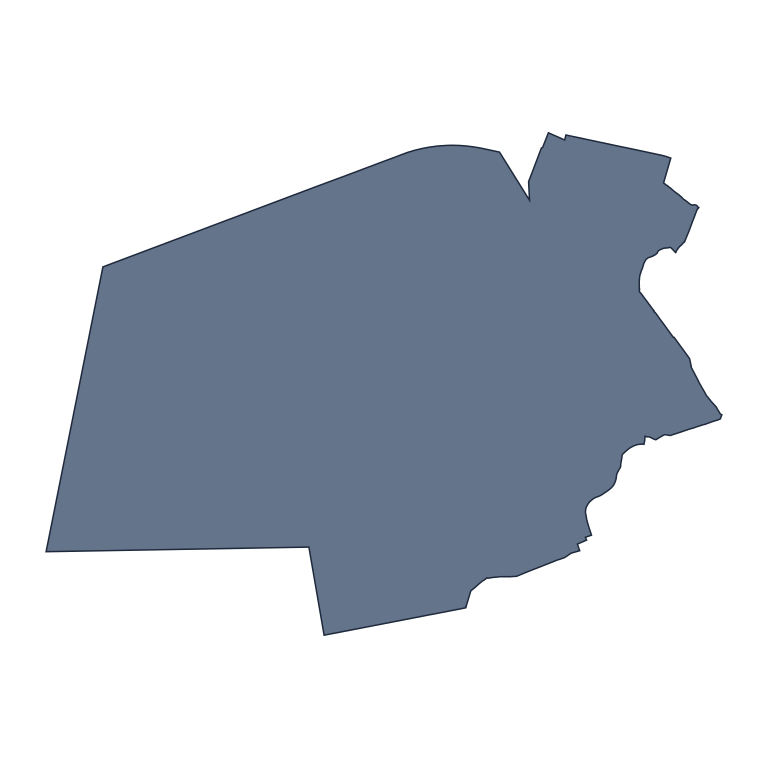 the district of Westvoorne, Zuid-Holland, Netherlands
{"feature_id": "6326949B61212698350093", "entity_name": "Westvoorne", "entity_type": "district", "adm_level": 2, "iso_a3": "NLD", "parent_name": "Netherlands", "parent_adm1": "Zuid-Holland", "projection": "orthographic", "projection_center": [4.123, 51.889], "detail": "fine", "context": "isolated", "style": "filled", "palette": "slate", "viewbox_px": 768, "rotation_deg": 0, "n_neighbors": 0, "source": "geoboundaries", "source_scale": "gbopen_adm2", "svg_char_len": 5950}
<svg xmlns="http://www.w3.org/2000/svg" viewBox="0 0 768 768"><path d="M670.8,158.1L666.2,156.5L664.3,156.0L662.6,155.5L661.3,155.2L627.1,147.9L621.5,146.8L565.9,135.0L564.7,140.0L548.4,132.8L542.6,147.5L541.4,148.0L531.6,173.8L528.9,180.8L528.6,181.6L529.5,200.2L527.1,196.4L499.5,152.1L482.2,148.4L479.1,147.8L476.1,147.3L472.8,146.8L468.1,146.2L466.4,146.0L460.3,145.5L453.8,145.3L450.8,145.3L446.9,145.4L444.2,145.6L442.5,145.7L440.9,145.8L439.2,145.9L436.3,146.2L432.6,146.7L429.0,147.2L425.4,147.9L422.5,148.4L419.6,149.1L416.7,149.8L413.9,150.5L411.1,151.4L408.2,152.2L405.5,153.2L402.7,154.2L394.9,157.2L381.1,162.3L342.1,177.0L326.2,182.9L317.8,186.0L315.1,187.0L283.0,199.1L187.1,235.2L102.9,266.9L88.7,338.2L46.1,551.7L308.9,547.1L324.1,635.2L428.0,615.1L434.0,614.0L465.8,607.8L466.3,606.1L466.1,606.1L466.3,605.6L466.4,605.1L466.6,604.6L466.9,603.9L468.1,599.9L470.0,593.6L470.2,592.9L470.6,591.6L470.7,591.3L470.7,591.2L470.9,590.9L471.3,590.5L474.2,588.1L474.7,587.7L477.1,585.6L479.4,583.5L479.8,583.2L482.0,581.4L483.4,580.4L485.0,579.5L485.4,579.2L485.5,579.1L485.4,579.0L486.7,578.0L487.0,577.8L487.6,578.2L488.1,578.2L493.1,577.4L495.7,577.2L498.4,576.9L500.8,576.7L501.5,576.7L502.5,576.7L504.5,576.7L507.8,576.7L508.2,576.8L508.7,576.7L510.2,576.7L514.7,576.4L516.4,576.4L517.1,576.1L524.5,573.0L525.8,572.5L529.0,571.2L532.0,570.0L535.3,568.7L536.2,568.4L537.7,567.8L538.9,567.3L541.6,566.3L542.7,565.8L545.8,564.6L546.6,564.3L550.4,562.8L552.0,562.2L557.1,560.1L557.5,559.9L559.2,559.5L564.6,557.6L571.1,553.2L579.7,550.7L579.6,550.4L578.9,548.5L577.8,545.2L577.6,544.6L577.4,544.1L584.8,540.9L586.6,540.1L586.3,539.5L585.4,537.3L589.3,535.9L591.3,535.3L591.5,535.2L590.5,532.0L589.7,529.7L589.4,528.9L588.9,527.3L587.3,521.9L587.2,521.1L586.8,520.0L586.3,516.9L586.1,515.6L585.9,514.7L585.5,513.0L585.5,512.1L585.5,511.1L585.7,509.4L585.9,508.5L586.2,507.5L586.6,506.6L587.1,505.5L587.6,504.7L588.1,503.9L588.7,503.0L589.5,502.1L590.1,501.4L592.7,499.2L593.7,498.5L594.5,498.0L595.5,497.5L596.2,497.2L597.2,496.9L597.8,496.7L599.2,496.1L600.1,495.7L601.7,494.8L604.1,493.2L605.7,492.1L607.1,491.2L608.2,490.4L609.5,489.4L611.1,488.0L612.0,487.0L612.8,486.2L613.3,485.6L613.7,485.0L614.0,484.4L614.9,482.5L615.4,481.3L615.7,480.2L616.0,479.3L616.2,478.3L616.3,477.1L616.5,475.5L616.8,474.3L617.1,473.3L617.6,472.1L617.9,471.8L618.8,470.0L620.4,467.3L620.6,466.9L620.6,466.6L620.7,465.5L620.7,464.4L620.8,463.5L621.1,462.1L621.4,460.3L621.7,458.9L621.8,458.0L622.1,455.5L622.2,454.9L622.5,454.4L623.2,453.7L625.2,451.8L625.5,451.5L626.8,450.4L628.6,448.9L629.3,448.4L630.4,447.7L631.0,447.3L633.3,446.1L634.7,445.5L636.1,445.0L637.5,444.6L638.6,444.4L639.4,444.3L641.0,444.2L642.1,444.1L644.0,444.3L644.0,443.9L644.2,442.9L644.7,440.9L644.8,439.6L644.8,439.1L645.1,436.2L645.8,436.5L646.8,436.8L647.4,436.9L647.7,436.9L648.1,436.8L648.7,436.8L649.8,437.1L650.8,437.6L653.3,438.8L654.3,439.3L655.0,439.5L655.4,439.7L655.8,439.7L656.1,439.6L656.5,439.4L658.0,438.4L663.8,435.0L664.3,434.8L664.7,434.7L665.1,434.7L666.0,434.8L669.5,435.4L670.0,435.5L670.6,435.4L671.1,435.2L676.7,433.4L681.9,431.7L682.8,431.4L683.2,431.2L687.2,429.9L687.7,429.7L688.4,429.4L689.5,429.1L693.0,428.1L693.6,428.0L694.5,427.6L696.4,426.9L699.3,426.0L701.7,425.2L703.6,424.6L704.0,424.5L704.4,424.5L704.7,424.4L705.2,424.3L706.5,423.8L708.1,423.2L710.8,422.2L712.3,421.7L714.1,421.1L718.3,419.8L720.5,418.8L720.8,417.3L721.1,416.7L721.9,414.9L720.3,413.9L716.6,407.8L716.5,407.3L711.2,401.4L706.1,395.1L705.6,393.9L698.7,381.9L698.7,381.5L693.5,371.6L690.9,366.6L691.2,366.2L689.7,359.0L689.0,357.8L687.5,355.7L684.8,352.0L683.3,349.9L681.4,347.3L680.3,345.9L679.0,344.0L677.3,341.7L674.1,337.3L673.2,337.2L669.0,331.4L668.4,330.6L667.1,328.8L663.2,323.4L660.0,319.2L658.2,316.6L657.9,316.1L657.4,315.4L657.2,315.1L656.1,313.7L655.5,313.0L655.2,312.6L655.0,312.3L654.9,312.3L654.7,312.3L654.7,312.2L654.4,312.0L653.9,311.4L653.7,311.1L654.0,310.7L653.6,310.3L653.3,309.9L652.0,308.2L651.8,308.0L651.1,307.0L650.0,305.4L648.5,303.6L648.3,303.2L645.8,299.8L644.4,298.0L640.8,293.1L639.4,291.9L639.5,291.4L639.5,291.0L639.5,290.5L639.5,289.1L639.3,289.2L639.3,287.4L639.3,284.6L639.2,283.5L639.2,281.6L639.3,280.6L639.5,278.3L639.6,277.0L639.8,275.8L640.1,274.6L640.1,274.2L640.3,273.9L640.5,273.7L641.0,271.9L641.0,271.7L641.1,271.3L641.3,270.8L641.5,270.3L642.4,268.4L643.5,264.5L643.7,264.0L643.9,263.3L644.4,262.4L644.9,261.4L645.4,260.5L645.7,260.0L646.0,259.6L646.5,259.1L647.3,258.4L648.0,257.9L648.4,257.7L648.8,257.5L650.7,256.9L651.3,256.7L652.1,256.4L653.6,255.7L654.4,255.2L655.3,254.7L655.7,254.4L656.2,254.0L656.5,253.8L656.9,253.4L657.1,253.1L657.3,252.8L658.1,251.3L658.2,251.0L658.4,250.8L658.7,250.6L659.0,250.4L659.3,250.2L659.6,250.0L662.2,248.9L662.8,248.6L663.5,248.4L664.1,248.2L664.6,248.1L665.1,248.1L667.4,247.9L668.1,247.8L668.7,247.7L669.8,247.4L670.0,247.3L670.3,247.4L670.7,247.6L673.1,249.9L674.9,251.9L675.0,251.9L675.1,252.0L675.6,252.6L675.9,252.4L675.8,252.2L675.8,251.9L676.0,251.6L677.1,249.9L678.1,248.4L678.9,247.4L679.3,246.8L679.7,246.5L680.7,245.6L681.6,244.8L684.3,241.8L684.5,241.9L684.7,241.5L687.0,235.9L689.2,230.6L691.3,224.8L692.8,220.8L693.4,219.4L696.5,211.1L696.9,210.1L697.2,209.4L697.4,209.2L697.5,209.1L697.9,208.6L698.1,208.5L698.6,207.9L698.8,207.5L698.8,207.4L698.1,207.3L697.5,206.5L697.0,205.6L696.2,205.2L695.3,204.9L694.6,204.8L693.8,204.9L692.7,205.0L692.0,204.9L691.9,205.0L691.8,204.9L691.1,204.7L690.3,204.3L689.2,203.5L688.8,203.1L688.1,202.6L687.7,202.2L686.4,201.2L684.6,199.9L684.4,199.8L683.1,198.9L682.2,197.7L680.8,196.5L680.2,196.0L679.5,195.4L679.2,195.1L679.0,194.9L677.9,194.1L677.2,193.6L673.7,191.0L673.1,190.4L671.6,189.1L670.0,187.7L669.8,187.5L669.2,187.3L668.6,186.8L668.3,186.4L667.4,185.6L667.2,185.5L666.9,185.4L666.6,185.2L665.7,184.7L665.4,184.4L664.7,183.7L664.4,183.6L663.6,182.9L664.8,178.7L670.8,158.1Z" fill="#64748b" stroke="#1e293b" stroke-width="1.5"/></svg>